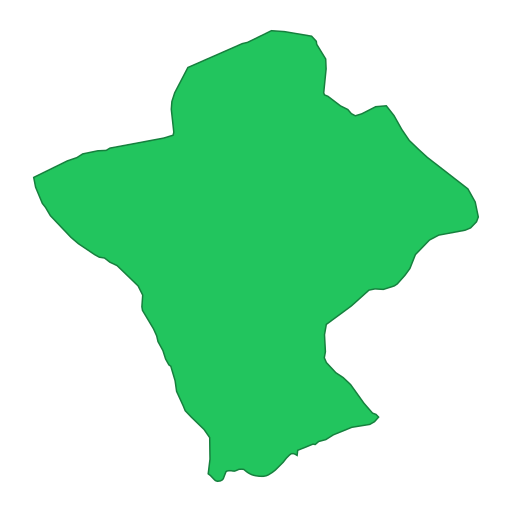 Sololá, Sololá, Guatemala (orthographic projection)
{"feature_id": "79465075B95687067740249", "entity_name": "Sololá", "entity_type": "district", "adm_level": 2, "iso_a3": "GTM", "parent_name": "Guatemala", "parent_adm1": "Sololá", "projection": "orthographic", "projection_center": [-91.179, 14.817], "detail": "fine", "context": "isolated", "style": "filled", "palette": "green", "viewbox_px": 512, "rotation_deg": 0, "n_neighbors": 0, "source": "geoboundaries", "source_scale": "gbopen_adm2", "svg_char_len": 1892}
<svg xmlns="http://www.w3.org/2000/svg" viewBox="0 0 512 512"><path d="M271.4,30.7L247.5,42.4L242.3,43.6L187.9,67.5L174.7,92.8L171.9,101.5L171.3,109.2L173.8,132.2L173.1,135.2L163.6,138.1L110.0,148.1L106.2,150.4L97.7,150.8L82.7,153.9L76.9,157.6L67.3,160.9L33.7,177.4L35.6,187.2L42.4,203.5L45.5,207.4L50.4,215.7L71.0,237.4L78.4,243.7L94.6,254.6L99.3,257.2L104.5,258.0L109.9,262.2L117.1,265.6L138.1,285.9L142.7,295.1L141.9,306.7L142.5,310.4L153.5,328.8L156.7,335.9L158.0,341.6L162.9,350.5L165.6,359.0L168.9,364.9L170.8,366.2L175.1,380.7L176.6,391.4L183.3,406.0L185.2,410.7L191.3,417.1L204.0,429.4L209.7,437.6L210.0,459.2L208.2,473.8L210.4,475.5L214.2,479.5L215.4,480.6L217.4,481.3L220.4,480.9L222.3,479.9L223.3,478.7L224.5,475.5L226.0,471.7L227.1,471.0L228.8,470.7L231.2,470.7L232.7,471.0L234.6,471.1L236.5,470.4L239.0,469.3L241.9,469.2L243.8,469.4L245.6,470.9L246.7,471.8L248.3,472.9L250.1,473.9L251.8,474.7L253.7,475.3L255.5,475.7L258.9,476.2L261.2,476.3L263.5,476.3L266.1,475.8L268.3,474.9L272.3,472.4L274.0,471.1L275.4,470.0L283.2,462.2L286.4,458.1L289.5,455.0L291.3,453.7L293.4,453.6L295.1,454.2L297.1,455.4L297.7,450.3L313.0,444.1L315.2,444.5L318.7,441.5L325.8,439.6L333.4,434.8L351.8,427.3L369.8,424.4L374.5,421.7L378.6,417.1L376.0,414.4L372.5,413.1L363.9,403.2L350.6,384.6L343.3,377.7L335.8,372.7L326.4,362.6L324.3,357.8L325.4,351.7L324.5,334.7L326.3,324.4L351.4,305.9L369.0,290.1L375.0,288.9L383.4,289.4L394.3,285.9L397.3,283.9L405.1,275.1L409.9,268.5L415.4,254.6L426.9,242.7L429.5,240.0L438.8,235.1L465.1,230.2L470.6,227.9L476.5,221.8L478.3,217.0L475.2,202.0L467.9,188.9L427.2,157.3L418.7,149.5L409.3,140.5L401.8,129.5L394.0,115.6L386.3,105.8L375.7,106.7L361.8,113.8L355.3,115.8L351.3,113.6L347.8,109.5L340.5,105.9L327.9,96.3L324.5,94.9L323.7,92.9L326.1,69.0L325.7,59.0L316.7,44.3L316.3,41.3L311.6,36.2L284.4,31.6L271.4,30.7Z" fill="#22c55e" stroke="#15803d" stroke-width="1.5"/></svg>